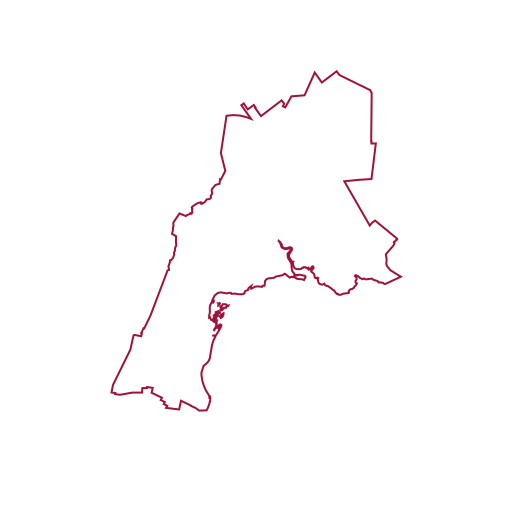 outline of Brighton, Tasmania, Australia, rotated 314°
{"feature_id": "25037944B48970679767962", "entity_name": "Brighton", "entity_type": "district", "adm_level": 2, "iso_a3": "AUS", "parent_name": "Australia", "parent_adm1": "Tasmania", "projection": "natural_earth1", "projection_center": [147.219, -42.727], "detail": "fine", "context": "isolated", "style": "outline", "palette": "rose", "viewbox_px": 512, "rotation_deg": 314, "n_neighbors": 0, "source": "geoboundaries", "source_scale": "gbopen_adm2", "svg_char_len": 6141}
<svg xmlns="http://www.w3.org/2000/svg" viewBox="0 0 512 512"><g transform="rotate(314 256 256)"><path d="M444.9,185.7L426.5,182.8L428.8,170.8L405.3,179.3L395.5,170.6L383.2,173.8L382.4,171.3L385.2,170.4L385.7,166.3L360.1,162.4L361.9,152.4L362.5,152.5L363.1,149.5L355.7,148.2L357.2,141.2L354.3,140.7L351.2,157.2L349.2,152.6L345.9,146.9L341.3,141.5L336.4,137.4L305.7,159.2L295.9,174.8L286.7,177.6L286.3,176.8L282.6,179.6L279.0,177.5L274.4,177.7L272.4,178.4L270.7,181.0L267.6,181.8L266.8,183.0L266.0,183.2L264.6,182.9L262.4,181.2L259.5,181.7L256.0,180.9L255.5,180.2L256.5,179.4L256.3,178.9L253.0,177.1L247.5,175.9L246.2,176.1L245.8,177.4L245.2,177.5L242.9,180.1L241.6,180.2L241.3,179.0L239.9,179.1L237.6,177.9L236.0,177.8L233.5,171.4L223.2,173.2L222.0,173.8L220.3,175.8L218.5,176.6L217.2,178.1L213.6,180.2L214.7,184.8L210.6,188.5L208.3,191.3L205.5,192.2L203.5,194.0L201.4,194.7L200.9,195.1L200.7,195.9L197.0,197.6L194.1,197.9L193.1,197.1L191.5,198.5L187.7,200.2L185.7,203.1L184.2,202.4L140.0,221.4L126.1,225.9L125.9,225.3L120.9,227.0L121.2,227.6L118.6,229.1L114.6,223.2L113.7,223.1L101.5,230.6L63.9,242.7L57.4,246.9L59.7,250.0L58.8,250.6L61.7,254.6L71.8,261.9L78.6,268.9L82.0,266.0L85.4,269.4L86.1,268.7L88.8,272.4L89.4,273.3L85.1,275.9L88.7,286.8L86.2,287.5L87.6,291.9L85.4,292.5L86.6,296.2L84.3,296.8L92.2,307.3L99.8,302.6L103.2,313.0L103.0,313.4L104.7,318.1L105.3,322.4L110.6,327.7L113.7,326.7L118.5,324.5L119.0,323.9L119.6,323.9L122.6,321.4L123.4,319.6L121.2,321.8L120.8,321.9L121.9,321.0L121.9,320.6L123.0,319.3L124.3,313.9L126.4,308.7L128.7,304.5L132.1,299.9L134.3,297.7L140.4,294.7L145.4,295.0L147.4,294.9L150.0,294.0L161.6,286.1L165.2,284.3L170.6,282.4L168.4,279.8L171.0,282.3L177.6,280.9L181.7,279.6L182.3,278.9L182.1,278.1L180.7,278.3L179.1,279.2L178.8,279.1L179.1,278.6L178.2,278.8L178.4,278.4L177.9,278.1L179.3,278.1L179.7,277.7L178.1,277.8L178.2,277.3L179.6,277.4L179.7,277.0L179.2,276.8L176.9,276.6L172.6,277.8L174.5,277.0L173.5,276.9L176.0,276.7L177.2,276.1L177.4,276.5L178.2,276.4L179.0,275.0L180.3,274.5L180.0,273.7L181.4,273.2L180.8,272.5L180.0,272.3L179.4,271.5L179.4,268.9L178.9,268.3L178.9,267.8L179.9,265.6L179.0,265.3L180.4,263.8L183.4,262.0L187.0,258.3L188.9,257.1L192.4,256.2L194.4,255.1L198.9,253.7L202.8,254.2L205.3,255.8L208.7,260.9L211.3,262.6L212.0,263.7L211.7,264.7L214.2,266.8L216.5,270.2L219.4,273.1L221.2,273.6L222.0,273.0L223.3,272.6L226.3,273.9L226.8,273.7L227.2,273.1L228.1,272.9L231.1,273.4L229.7,274.0L229.1,275.2L231.9,276.3L232.9,276.3L235.6,278.6L237.9,281.7L239.1,281.4L240.6,282.8L244.3,279.9L246.3,279.6L249.0,280.7L250.2,282.1L251.5,282.8L252.9,284.2L254.7,284.4L260.8,288.5L263.2,288.9L263.4,289.3L263.8,295.2L265.6,295.8L266.0,296.3L265.9,296.8L266.4,297.0L268.0,299.7L267.8,300.5L268.4,301.9L271.5,305.6L272.0,307.2L275.2,306.3L275.6,305.8L275.7,304.9L272.6,300.0L270.9,299.3L270.0,298.4L270.6,298.4L269.8,297.5L269.6,296.8L269.0,296.7L269.8,296.1L270.2,292.8L272.1,290.0L275.2,286.7L276.7,280.8L277.6,279.2L279.6,277.1L283.9,277.0L285.4,276.4L285.3,275.5L281.2,272.2L280.1,269.3L280.1,268.3L282.1,264.3L282.5,263.0L282.4,262.0L282.7,261.8L282.8,263.8L282.1,266.6L280.9,268.6L280.9,269.6L281.6,271.3L282.7,272.5L285.6,274.0L286.5,275.2L286.6,276.3L285.3,277.6L279.9,278.8L278.5,280.2L277.8,281.7L277.0,286.2L277.3,286.5L276.9,286.5L276.8,287.1L275.1,289.4L274.1,291.7L274.1,292.4L275.0,294.7L277.4,297.0L278.5,297.5L279.8,297.4L280.2,298.1L281.4,298.2L281.9,299.4L282.4,299.6L282.3,300.7L284.1,301.8L283.9,302.6L282.8,302.8L282.8,303.5L285.0,304.3L286.5,303.7L287.6,303.7L288.1,304.1L287.9,305.2L287.3,305.4L286.9,305.9L283.6,306.0L283.2,306.5L283.4,309.5L283.2,310.8L281.3,313.3L281.6,314.5L283.1,315.1L283.4,316.1L281.8,316.8L280.0,320.1L280.3,321.6L281.4,323.6L283.5,324.4L283.1,325.3L283.1,326.1L283.7,327.9L284.3,328.6L284.9,332.1L285.1,335.4L285.6,336.4L285.1,337.6L284.8,340.4L285.6,340.9L285.4,342.1L287.0,343.9L289.5,344.9L293.6,348.3L294.3,348.2L295.0,347.1L297.3,346.9L299.2,348.1L301.3,348.5L302.5,348.0L304.3,348.2L306.4,347.6L306.1,346.2L306.4,345.7L307.4,344.8L308.9,344.7L309.4,344.3L310.2,343.4L310.3,341.0L311.1,340.8L311.7,341.3L311.7,342.2L312.4,343.2L312.5,346.2L313.3,348.7L314.9,349.4L315.1,350.6L315.8,351.5L320.3,355.1L320.4,356.9L322.4,360.8L322.2,362.7L323.2,363.4L324.9,366.1L325.0,367.3L325.6,368.4L341.7,374.6L339.1,362.5L339.7,357.5L340.3,356.1L341.4,354.6L344.1,352.6L347.4,348.2L358.8,347.6L361.3,346.9L361.6,346.5L361.5,345.7L362.2,345.4L364.0,346.0L365.2,345.6L366.0,346.1L366.5,345.4L364.2,317.0L360.6,316.4L356.9,316.7L371.1,267.6L382.4,277.2L391.6,285.6L420.2,264.0L417.1,260.9L418.7,259.4L418.5,259.2L453.6,226.0L454.6,222.9L444.1,190.3L444.9,185.7ZM194.4,267.2L193.8,268.0L192.6,267.8L192.5,268.3L192.9,269.0L194.5,269.3L195.9,268.9L196.1,269.3L196.9,269.2L198.0,270.4L199.1,269.8L200.4,270.7L201.2,270.5L199.9,269.6L200.4,269.0L200.2,267.6L198.3,265.6L196.7,266.0L196.0,265.5L195.0,265.6L195.2,266.7L194.3,266.6L194.4,267.2ZM186.5,270.2L187.1,269.1L186.7,268.8L187.4,268.9L187.1,268.2L188.4,267.7L189.4,268.0L188.8,269.2L190.0,269.6L190.4,269.1L189.5,268.6L189.9,268.0L189.4,267.7L190.1,267.2L187.6,266.0L187.4,266.4L187.8,267.0L186.8,267.0L186.8,268.1L185.7,267.3L184.7,268.5L185.0,267.6L183.9,266.8L183.6,267.2L183.9,267.7L183.1,268.1L183.3,268.6L182.6,268.8L182.3,270.1L183.0,270.8L183.3,270.7L183.4,270.0L183.7,269.6L184.5,269.9L184.9,268.8L185.2,268.9L185.2,269.7L186.5,269.6L186.2,269.9L186.5,270.2ZM191.6,272.7L191.1,272.4L191.4,272.2L189.4,271.7L188.2,272.5L187.9,272.2L188.2,271.7L187.6,271.7L187.2,272.5L187.3,272.9L188.0,273.2L187.3,273.8L188.4,274.2L190.4,273.8L191.0,273.3L190.9,272.9L191.6,272.7ZM193.8,255.8L192.1,256.8L192.7,257.6L194.1,257.2L194.9,256.2L194.8,255.8L193.8,255.8ZM179.6,271.1L180.3,272.1L181.1,271.9L181.5,272.6L182.4,272.6L181.9,271.7L181.0,271.0L180.4,271.4L179.7,270.7L179.6,271.1ZM181.2,269.3L181.1,268.9L180.5,269.2L180.5,269.9L181.7,270.8L181.5,271.0L181.7,271.3L182.2,271.3L181.9,270.8L182.2,270.3L181.8,269.5L181.2,269.3ZM194.2,263.2L195.6,263.3L196.1,262.8L195.7,262.1L195.5,263.0L194.6,262.8L194.2,263.2ZM197.7,262.9L196.2,262.2L196.4,262.8L197.7,262.9Z" fill="none" stroke="#9f1239" stroke-width="2"/></g></svg>